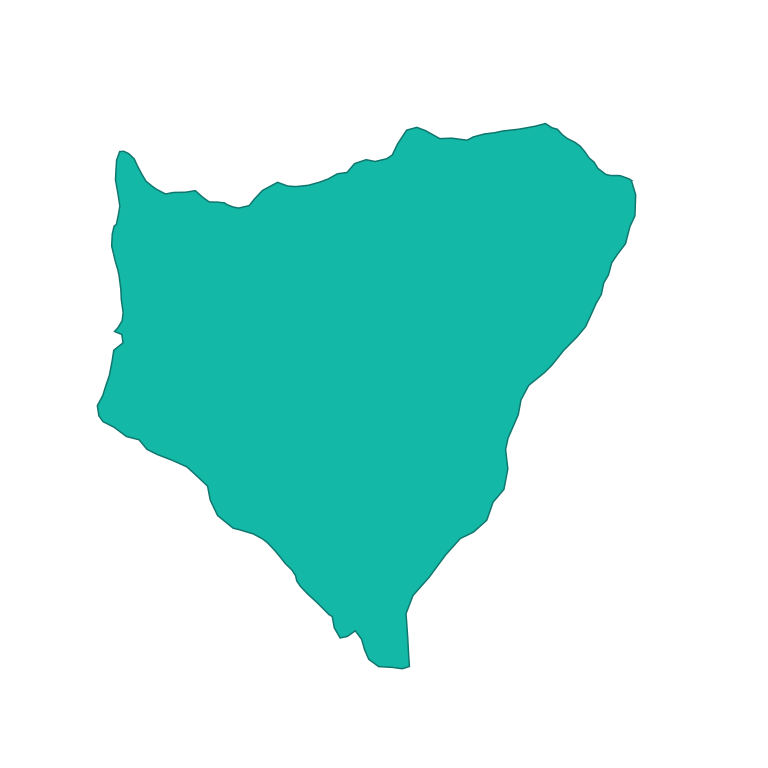 the district of Gobustan District, Qobustan, Azerbaijan, rotated 78°
{"feature_id": "54616110B43271825035432", "entity_name": "Gobustan District", "entity_type": "district", "adm_level": 2, "iso_a3": "AZE", "parent_name": "Azerbaijan", "parent_adm1": "Qobustan", "projection": "mercator", "projection_center": [48.924, 40.545], "detail": "fine", "context": "isolated", "style": "filled", "palette": "teal", "viewbox_px": 768, "rotation_deg": 78, "n_neighbors": 0, "source": "geoboundaries", "source_scale": "gbopen_adm2", "svg_char_len": 2218}
<svg xmlns="http://www.w3.org/2000/svg" viewBox="0 0 768 768"><g transform="rotate(78 384 384)"><path d="M236.4,99.6L234.4,101.5L229.2,109.9L227.2,119.0L225.0,123.6L217.5,130.0L210.6,132.4L205.7,136.3L198.5,139.3L192.1,142.7L187.3,147.0L182.0,153.7L177.2,157.8L170.9,161.4L168.3,166.4L162.8,171.9L163.3,182.6L162.8,199.0L161.2,215.2L161.2,223.8L160.3,233.8L160.9,245.3L162.8,252.0L157.6,266.7L155.6,278.4L144.8,290.7L139.8,298.5L140.4,309.1L152.0,320.8L161.7,328.3L164.2,334.5L164.5,346.4L160.9,354.8L162.3,367.0L169.4,376.2L168.7,386.0L171.9,396.2L173.2,405.1L173.9,416.7L172.6,429.2L170.3,437.1L164.6,446.2L169.4,462.6L176.2,472.4L181.5,478.8L181.7,489.7L179.4,495.0L175.8,500.4L173.7,502.3L171.4,509.3L169.6,517.1L163.9,522.3L155.6,528.4L155.2,538.0L152.9,550.0L152.7,558.2L146.3,566.0L142.4,569.6L136.2,574.6L128.4,577.3L118.4,580.1L111.9,581.5L105.6,585.8L102.3,590.1L101.7,594.2L109.4,599.0L117.7,601.3L128.4,604.2L143.5,604.7L155.0,605.4L162.9,608.5L172.3,612.6L173.5,615.2L180.0,618.2L180.8,618.6L192.5,621.7L208.3,621.3L217.2,620.6L222.9,620.6L237.1,621.8L246.7,623.4L260.0,624.3L267.7,627.0L273.5,632.4L276.6,636.7L281.0,630.2L289.5,630.7L294.8,641.3L304.6,645.0L318.6,650.9L326.0,655.4L336.8,661.5L345.6,668.9L355.9,669.5L362.5,666.6L370.2,657.0L381.8,646.9L387.6,635.2L398.7,629.4L405.9,620.3L414.4,607.3L424.1,594.0L435.2,586.1L447.2,577.8L461.4,578.1L478.1,574.1L493.7,561.5L496.3,556.1L499.3,550.6L503.4,543.1L510.3,535.0L515.2,530.9L524.0,525.5L532.3,521.2L538.9,518.0L546.9,512.7L553.2,510.3L558.4,510.3L564.2,508.0L573.3,502.5L582.8,495.7L589.9,491.0L598.2,485.7L600.6,483.0L612.3,483.3L623.3,479.7L623.3,472.3L619.4,463.4L629.0,459.0L640.2,458.2L650.2,456.1L659.3,448.0L663.0,434.5L666.3,425.4L665.6,417.9L654.0,416.2L636.1,413.4L613.2,410.2L596.9,399.6L582.4,380.0L564.0,359.3L551.0,341.5L547.5,327.3L538.6,311.8L522.3,301.9L512.0,288.6L492.7,280.5L473.4,278.7L462.9,274.0L442.0,259.1L428.0,253.3L415.4,242.7L406.0,224.3L400.4,215.8L388.3,201.0L378.2,185.6L369.7,174.8L357.3,165.6L349.3,159.8L341.7,152.9L331.2,148.2L330.9,148.1L324.0,141.8L312.8,136.1L305.7,128.7L297.0,118.6L281.1,110.7L271.7,103.6L251.3,98.5L236.4,99.7L236.4,99.6Z" fill="#14b8a6" stroke="#0f766e" stroke-width="1.5"/></g></svg>